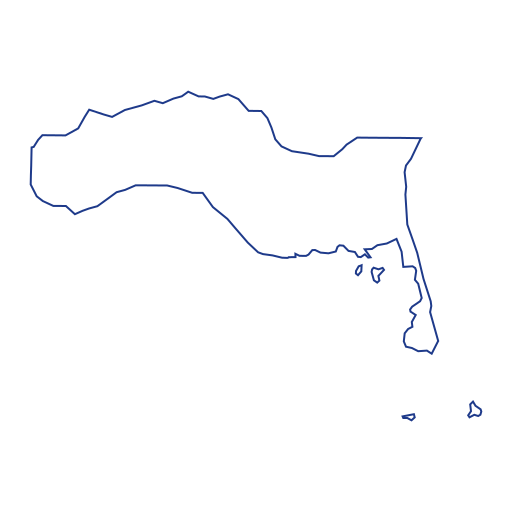 outline of Kumya, Hamgyŏng-namdo, North Korea
{"feature_id": "82179303B64116140751716", "entity_name": "Kumya", "entity_type": "district", "adm_level": 2, "iso_a3": "PRK", "parent_name": "North Korea", "parent_adm1": "Hamgyŏng-namdo", "projection": "equal_earth", "projection_center": [127.363, 39.407], "detail": "fine", "context": "isolated", "style": "outline", "palette": "blue", "viewbox_px": 512, "rotation_deg": 0, "n_neighbors": 0, "source": "geoboundaries", "source_scale": "gbopen_adm2", "svg_char_len": 2236}
<svg xmlns="http://www.w3.org/2000/svg" viewBox="0 0 512 512"><path d="M288.6,257.5L288.8,257.2L295.5,257.1L295.4,253.8L299.5,255.8L306.0,255.9L308.5,254.6L312.3,250.1L315.1,250.0L320.5,252.6L328.5,253.3L335.8,251.5L337.5,246.9L339.5,245.3L343.4,245.7L348.5,250.9L354.9,252.0L358.0,256.8L360.8,257.1L364.9,254.3L368.2,257.6L370.5,257.3L364.7,249.3L371.9,249.0L377.4,245.2L386.8,243.5L396.5,238.9L401.6,251.7L403.3,266.9L412.6,266.3L415.2,268.0L416.2,270.8L414.9,279.8L418.2,283.7L421.2,296.0L421.7,298.0L420.1,301.2L412.1,306.7L410.1,309.5L410.5,311.6L415.7,315.0L411.8,322.0L412.4,326.8L408.1,329.0L404.7,333.3L403.8,341.4L406.0,346.7L411.9,348.0L418.2,351.2L426.9,350.6L431.7,353.7L437.9,341.5L438.2,341.0L430.1,312.1L431.3,306.0L430.7,301.3L423.5,278.9L417.2,252.8L412.5,239.2L407.3,224.5L405.4,194.5L406.2,186.8L404.6,172.2L406.0,165.5L411.0,158.8L420.6,138.7L421.0,138.2L401.3,137.9L382.4,137.8L367.7,137.7L357.2,137.6L346.6,144.6L342.3,149.2L333.7,156.2L319.0,156.1L308.6,153.7L291.9,151.2L281.5,146.4L275.3,139.3L271.4,127.5L267.4,118.1L261.3,111.0L252.9,110.9L248.7,110.9L242.5,103.8L238.4,99.1L228.0,94.3L219.6,96.6L213.3,98.9L204.9,96.5L198.6,96.4L188.2,91.7L185.9,93.4L181.8,96.3L173.4,98.6L162.8,103.2L154.4,100.8L141.7,105.4L124.9,110.0L112.1,116.9L103.8,114.5L89.2,109.7L84.8,116.7L78.2,128.4L65.5,135.4L55.0,135.3L42.4,135.2L38.1,139.9L33.7,146.9L31.6,147.4L31.5,151.6L31.2,165.7L30.9,175.1L30.7,184.5L36.7,196.3L42.9,201.1L53.3,205.9L65.9,206.0L74.9,214.2L82.6,210.8L89.0,208.5L97.4,206.2L110.2,196.9L116.6,192.2L125.1,189.9L135.7,185.3L152.5,185.4L167.2,185.5L177.6,188.0L192.2,192.8L202.7,192.9L212.9,207.1L227.4,218.9L235.5,228.4L247.8,242.6L258.1,252.3L263.0,254.1L272.5,255.4L282.0,257.7L287.3,257.9L288.6,257.5ZM480.4,414.7L481.3,411.5L480.6,409.3L475.5,405.8L473.0,401.6L470.2,404.4L471.0,411.2L468.2,415.3L469.5,417.3L474.3,414.8L478.2,416.0L480.4,414.7ZM373.6,267.7L372.1,269.4L371.6,271.9L373.9,280.3L377.2,282.6L379.4,280.6L378.4,275.9L384.0,269.9L382.6,267.9L378.5,269.3L373.6,267.7ZM414.7,417.4L413.9,414.2L402.6,416.4L403.3,418.0L407.3,418.0L411.5,420.3L414.7,417.4ZM361.3,271.4L361.6,265.2L358.7,266.3L356.0,271.0L355.9,273.5L358.0,275.2L361.3,271.4Z" fill="none" stroke="#1e3a8a" stroke-width="2"/></svg>